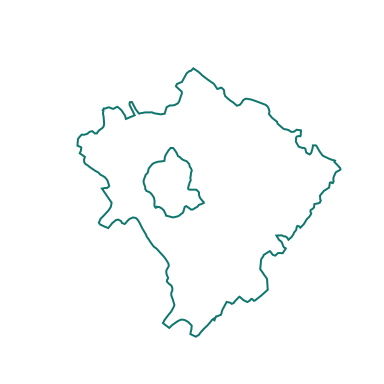 Tanta, Al Gharbiyah, Egypt, rotated 131°
{"feature_id": "37247803B22733539273982", "entity_name": "Tanta", "entity_type": "district", "adm_level": 2, "iso_a3": "EGY", "parent_name": "Egypt", "parent_adm1": "Al Gharbiyah", "projection": "mercator", "projection_center": [30.984, 30.809], "detail": "fine", "context": "isolated", "style": "outline", "palette": "teal", "viewbox_px": 384, "rotation_deg": 131, "n_neighbors": 0, "source": "geoboundaries", "source_scale": "gbopen_adm2", "svg_char_len": 5939}
<svg xmlns="http://www.w3.org/2000/svg" viewBox="0 0 384 384"><g transform="rotate(131 192 192)"><path d="M74.5,104.6L75.7,107.1L76.7,109.5L78.3,115.2L78.8,117.3L77.8,121.8L76.4,126.0L75.6,128.1L75.6,129.2L77.5,131.3L79.9,129.7L81.7,128.9L83.3,128.1L84.9,127.6L86.5,127.9L87.3,131.6L85.9,133.7L85.1,134.5L85.1,136.0L85.4,136.6L86.2,137.4L87.8,141.1L85.9,146.6L82.5,149.2L81.2,149.2L80.1,148.4L79.3,147.6L78.8,146.8L77.7,147.3L74.0,150.2L76.4,153.9L78.0,154.2L79.8,154.7L80.6,155.6L81.5,156.5L81.9,159.2L81.9,159.7L83.0,162.1L83.8,163.1L84.3,164.4L84.3,172.3L83.2,173.9L83.5,180.0L82.7,185.0L80.6,186.3L80.0,186.8L78.5,189.4L77.9,191.0L77.9,193.6L80.8,201.5L83.2,207.6L84.5,209.9L85.3,211.3L86.6,212.8L87.4,213.1L89.2,213.6L92.1,213.1L94.8,213.1L97.4,214.7L97.4,220.2L97.9,222.9L97.9,229.7L96.3,232.6L95.5,233.1L94.2,234.7L94.0,235.7L93.9,237.8L94.2,238.6L97.4,240.2L97.6,240.7L96.0,246.5L96.6,251.5L97.1,257.3L97.3,261.5L97.1,262.3L97.1,266.5L97.6,269.9L97.8,272.1L101.3,272.3L102.1,273.1L104.5,273.7L106.0,273.9L115.5,271.8L116.2,272.2L120.6,274.3L122.8,273.4L123.0,266.5L122.9,265.8L124.2,264.3L127.2,263.2L131.6,261.3L132.5,261.1L134.3,260.8L137.9,262.2L140.1,264.1L141.1,265.5L144.6,266.8L150.9,264.0L152.5,265.4L153.8,266.4L157.5,272.4L158.1,274.4L162.6,279.5L167.6,283.5L167.1,285.9L166.6,288.5L163.5,296.4L164.9,297.8L166.5,297.0L167.3,296.1L169.8,290.0L171.7,285.6L180.2,289.8L178.3,292.6L176.6,298.9L176.5,300.4L176.6,304.1L177.1,304.5L180.7,305.9L181.1,306.2L181.3,306.7L182.5,310.1L183.9,311.3L184.2,311.3L185.6,312.1L186.2,312.4L186.6,313.3L188.9,313.0L188.9,312.0L191.1,310.8L193.1,308.2L198.0,303.2L200.1,301.9L201.3,301.6L202.9,301.7L206.6,302.6L208.5,302.6L210.1,302.2L211.6,303.8L211.4,307.0L213.3,308.5L214.9,309.0L216.7,309.1L219.6,311.0L221.1,312.9L223.7,313.0L226.8,312.8L229.7,310.7L232.2,308.8L232.0,308.2L231.0,305.3L231.3,304.5L233.4,303.2L233.9,302.9L236.5,302.1L236.0,298.7L235.8,295.8L236.3,295.6L238.4,294.8L240.3,292.7L240.5,291.9L240.8,290.6L240.5,289.3L240.3,288.2L240.3,286.4L240.0,283.2L239.5,279.0L238.7,275.3L239.0,273.2L239.0,272.2L238.5,270.4L238.0,267.5L238.5,264.3L239.0,263.0L241.7,258.5L242.7,258.3L244.9,258.8L245.6,259.9L248.5,262.2L252.8,245.7L254.1,244.9L255.7,243.9L257.0,243.4L259.1,243.1L261.0,242.9L269.4,243.2L272.3,243.4L276.3,242.1L276.8,240.0L275.3,234.8L274.2,231.6L270.8,231.6L267.9,231.8L265.3,231.3L263.1,231.0L261.3,229.7L260.5,226.6L261.3,224.5L260.3,221.8L259.0,221.6L256.8,221.8L253.4,221.5L250.0,219.9L248.7,217.8L248.4,216.8L248.7,214.2L249.8,211.0L252.1,205.5L254.3,198.9L255.3,197.1L256.1,193.7L257.2,190.0L258.3,185.3L258.0,181.3L258.8,175.0L259.1,171.9L259.7,168.5L261.3,163.2L262.6,161.4L263.6,160.8L267.3,160.1L268.9,159.3L270.8,157.2L272.6,153.5L275.0,153.0L276.1,152.2L276.4,148.8L276.1,146.4L277.4,143.8L279.3,142.2L281.7,141.5L283.8,139.6L285.4,136.5L288.8,131.2L290.2,130.5L296.2,129.2L299.7,129.2L306.8,128.7L310.0,127.9L309.5,120.0L305.5,119.7L298.4,117.9L295.5,116.5L294.4,115.2L293.4,113.4L292.9,111.3L292.6,109.4L292.9,105.5L292.9,104.9L293.4,104.2L294.7,103.4L296.1,102.3L298.2,101.3L300.3,100.0L298.7,94.2L295.3,93.1L292.1,93.4L287.4,93.3L282.6,92.8L277.9,92.8L275.5,93.0L273.4,92.5L274.2,91.4L274.1,90.9L273.6,91.2L271.1,91.9L269.9,92.2L269.2,91.4L265.5,89.6L261.2,91.7L252.2,93.7L250.4,90.3L250.4,88.7L248.6,87.7L247.0,87.9L244.9,87.9L240.4,87.6L239.8,87.4L239.8,82.1L238.8,78.1L237.5,77.6L236.7,77.3L233.8,77.1L233.3,76.3L233.5,73.9L233.0,73.4L224.8,71.8L216.1,70.7L208.4,78.3L207.9,80.1L207.3,82.8L206.3,86.4L205.5,89.9L197.5,95.6L195.7,95.9L194.6,95.9L193.6,96.1L192.5,96.6L185.6,94.5L185.6,93.5L186.4,89.8L185.4,87.4L182.0,87.1L180.9,86.3L178.7,83.4L176.7,83.7L174.3,84.0L173.0,84.2L173.0,84.7L173.5,86.3L172.4,88.9L172.2,89.2L171.6,90.0L171.1,91.3L170.8,92.9L171.1,94.7L169.5,99.7L165.8,95.8L165.6,95.0L165.3,93.9L164.8,92.9L164.2,92.3L164.0,90.2L164.8,87.9L160.6,87.3L158.4,87.6L157.1,87.8L155.8,88.4L153.1,88.4L151.8,88.6L150.8,89.4L150.0,89.9L148.4,90.2L147.9,89.1L147.6,88.3L147.9,86.8L143.1,86.5L137.3,87.5L133.6,87.2L131.5,87.5L129.9,88.0L129.4,89.3L128.7,90.2L127.5,90.6L125.7,89.9L123.5,89.8L122.5,90.6L120.9,91.7L119.3,90.6L118.5,89.8L117.2,89.0L115.9,88.5L115.6,88.8L113.8,89.3L113.5,90.3L110.8,93.0L104.5,93.2L102.1,92.4L100.3,91.9L98.7,91.4L94.7,94.0L94.2,94.0L93.4,93.4L93.4,92.4L92.9,91.6L91.0,92.1L89.7,93.7L87.6,95.0L83.1,96.3L82.3,96.3L78.9,95.0L77.8,94.7L77.3,95.0L76.7,96.0L76.2,100.5L75.9,104.2L74.5,104.6ZM192.1,196.9L192.1,196.5L192.1,196.0L191.9,195.5L187.4,190.2L187.6,187.1L187.9,186.3L188.2,186.0L189.5,185.0L191.1,182.3L191.4,181.0L191.9,177.9L191.9,176.6L192.6,175.9L195.1,177.1L197.2,178.4L199.3,178.2L204.8,180.0L205.9,181.3L205.9,181.9L206.4,187.1L208.0,187.7L209.8,186.9L212.5,185.6L214.1,185.3L216.2,185.9L218.0,186.1L219.9,186.9L221.4,188.0L223.6,189.6L226.9,196.2L226.2,196.9L225.4,198.8L225.1,199.8L224.8,200.1L224.3,201.3L224.3,202.3L224.3,204.6L224.8,206.7L225.3,207.5L225.6,207.7L226.1,208.8L226.7,208.5L227.7,209.0L227.4,210.9L227.2,211.1L224.5,213.5L223.7,214.0L221.9,216.1L221.1,217.4L220.0,221.6L220.0,222.7L220.0,223.7L220.3,224.8L221.1,227.2L220.8,227.9L220.5,229.0L220.4,229.3L219.5,230.0L218.9,230.6L218.4,231.6L217.1,234.0L216.3,235.0L215.0,236.1L211.5,237.4L210.7,237.6L209.9,238.2L206.3,238.1L202.8,240.0L201.2,240.2L196.5,240.2L194.6,239.4L194.1,239.1L192.3,238.1L191.2,237.3L190.4,236.5L188.8,235.1L188.1,234.4L186.7,233.3L185.2,234.1L183.8,235.2L182.2,235.9L179.6,236.5L178.0,236.7L176.2,237.0L172.7,237.0L171.2,235.1L172.0,231.2L172.5,229.6L173.0,228.3L174.1,226.2L173.8,224.9L173.6,223.3L173.8,222.8L173.8,221.7L173.6,219.9L173.0,218.0L172.5,217.0L172.3,215.7L172.8,212.3L173.1,212.0L173.6,211.2L174.4,210.4L174.7,208.8L175.2,207.5L175.7,206.7L176.0,206.2L177.0,205.7L178.1,205.4L181.0,203.3L182.1,202.8L182.9,202.0L183.4,201.2L184.4,200.5L185.2,200.2L186.0,200.2L188.1,199.2L188.4,198.9L189.7,198.6L190.5,198.1L191.8,197.3L192.1,196.9Z" fill="none" stroke="#0f766e" stroke-width="2"/></g></svg>